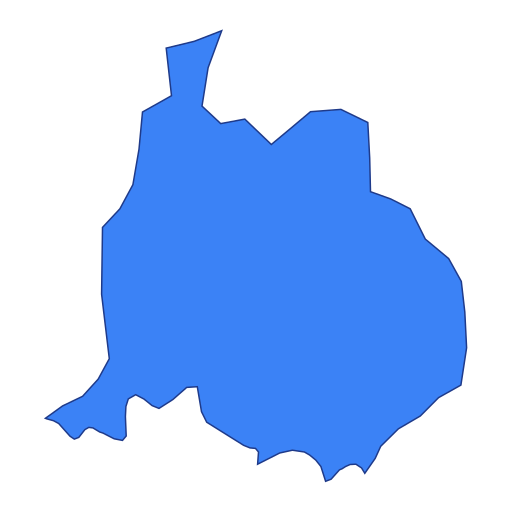 Kürdəmir, Equal Earth projection
{"feature_id": "AZE-1706", "entity_name": "Kürdəmir", "entity_type": "District", "adm_level": 1, "iso_a3": "AZE", "parent_name": "Azerbaijan", "parent_adm1": "", "projection": "equal_earth", "projection_center": [48.132, 40.282], "detail": "fine", "context": "isolated", "style": "filled", "palette": "blue", "viewbox_px": 512, "rotation_deg": 0, "n_neighbors": 0, "source": "natural_earth", "source_scale": "10m", "svg_char_len": 1157}
<svg xmlns="http://www.w3.org/2000/svg" viewBox="0 0 512 512"><path d="M448.7,258.6L461.3,281.4L464.8,312.0L466.6,347.8L460.9,385.1L438.6,397.6L420.3,416.0L398.4,428.8L380.7,446.3L375.2,458.4L364.8,473.3L361.5,467.9L355.9,464.2L350.1,464.5L345.6,466.5L342.0,468.8L339.5,469.8L331.1,479.2L325.6,481.3L320.9,466.5L315.8,460.1L309.6,455.0L304.4,452.0L292.4,450.2L279.7,453.0L257.6,464.2L258.5,452.0L255.5,448.4L250.0,447.9L243.6,445.3L206.7,422.2L201.5,411.7L197.3,386.7L186.7,387.4L172.9,399.5L159.0,408.4L152.1,405.6L143.9,399.0L135.7,394.7L128.3,398.9L125.9,406.5L125.4,416.6L126.2,436.0L122.5,440.4L114.2,438.8L102.8,433.0L99.7,432.0L92.9,427.9L88.8,427.4L84.9,429.6L78.8,437.4L74.3,439.1L70.0,436.2L58.7,423.5L53.5,420.7L46.6,418.8L45.4,418.3L62.6,405.9L82.6,396.3L98.2,379.1L109.3,358.7L101.6,294.2L102.5,227.4L119.9,208.8L132.9,184.7L139.0,149.2L142.5,112.0L171.5,95.7L166.2,48.1L194.3,41.3L221.7,30.7L208.1,67.7L202.0,106.1L220.7,123.6L244.8,119.1L256.4,130.2L271.3,144.5L290.3,128.7L310.5,111.7L340.9,109.4L367.8,122.5L369.7,158.1L370.5,191.7L390.8,199.0L410.2,208.8L425.3,239.1L448.7,258.6Z" fill="#3b82f6" stroke="#1e3a8a" stroke-width="1.5"/></svg>